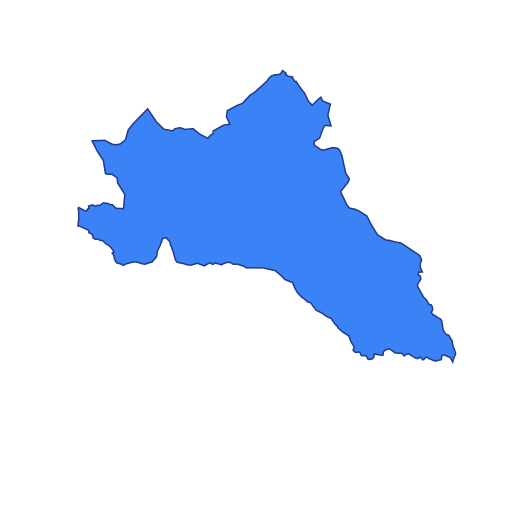 outline of Bakori, Katsina, Nigeria, rotated 155°
{"feature_id": "59680162B75348496545912", "entity_name": "Bakori", "entity_type": "district", "adm_level": 2, "iso_a3": "NGA", "parent_name": "Nigeria", "parent_adm1": "Katsina", "projection": "natural_earth1", "projection_center": [7.44, 11.676], "detail": "fine", "context": "isolated", "style": "filled", "palette": "blue", "viewbox_px": 512, "rotation_deg": 155, "n_neighbors": 0, "source": "geoboundaries", "source_scale": "gbopen_adm2", "svg_char_len": 4518}
<svg xmlns="http://www.w3.org/2000/svg" viewBox="0 0 512 512"><g transform="rotate(155 256 256)"><path d="M292.0,435.2L311.7,427.7L318.5,424.3L325.4,416.3L331.8,414.9L335.1,415.7L338.4,417.4L342.3,422.1L344.1,424.7L354.4,429.1L355.9,429.6L355.5,417.8L354.0,406.9L357.4,395.2L357.5,394.1L357.3,393.7L355.3,392.6L352.0,390.9L348.9,385.7L350.5,380.5L348.9,367.1L356.1,354.9L358.0,356.0L362.4,358.1L363.3,359.6L364.4,363.0L367.0,364.5L367.6,366.0L370.2,367.5L371.6,368.6L374.1,368.3L376.3,367.8L378.5,369.1L380.7,369.0L382.1,371.1L384.4,371.8L386.6,372.0L386.8,370.5L387.0,369.7L387.7,370.0L388.5,369.8L390.8,368.4L392.2,369.6L394.1,372.3L396.3,374.9L397.1,374.3L397.8,371.4L399.1,368.8L399.9,366.8L400.7,365.0L401.3,364.0L404.7,358.5L402.8,357.1L396.8,350.0L397.6,347.6L396.9,346.9L395.5,345.3L395.4,343.0L396.0,341.2L395.4,340.9L394.8,339.3L393.8,338.7L392.4,338.4L391.4,337.1L390.2,335.6L388.2,334.8L387.9,333.2L387.5,332.0L386.7,330.2L385.8,329.0L384.9,327.9L383.8,324.5L383.4,322.5L382.8,320.0L383.5,319.6L384.7,319.6L385.2,319.2L384.7,317.7L384.7,315.5L385.3,314.3L385.6,311.4L385.2,308.7L381.9,305.9L380.2,303.6L377.1,303.8L372.7,303.0L369.1,302.3L366.0,300.5L362.8,297.3L360.2,295.5L356.4,295.1L352.8,294.5L347.2,296.9L345.7,298.2L344.5,300.4L342.3,303.0L339.1,305.5L335.3,309.1L333.2,311.4L329.8,310.8L328.0,305.0L328.5,304.1L328.6,303.6L328.8,301.5L328.8,300.3L329.1,297.1L329.3,294.6L330.7,286.5L330.2,283.7L324.6,279.5L322.5,277.5L320.1,275.8L318.8,275.2L312.2,274.2L307.4,269.3L306.8,268.8L303.2,269.3L300.5,269.2L298.9,266.9L298.4,266.5L296.5,267.2L293.2,264.6L291.0,262.6L289.4,262.8L285.0,262.5L281.9,260.9L280.2,258.2L276.5,256.6L271.2,251.7L269.9,249.5L254.5,242.2L252.1,240.3L248.3,237.3L244.9,234.8L241.6,227.8L239.7,222.4L234.0,216.3L234.4,211.3L234.0,205.6L232.2,199.8L230.1,196.1L228.7,192.6L226.2,190.5L225.4,185.9L224.3,181.4L220.1,176.0L218.6,173.0L216.9,170.5L214.9,168.2L213.9,167.8L214.0,165.1L213.1,160.8L212.1,158.0L211.8,155.7L209.6,150.5L205.6,144.3L206.1,138.9L205.8,134.8L205.3,132.2L206.6,130.7L207.8,129.7L207.4,127.7L205.6,126.0L203.6,125.8L202.7,124.8L202.5,121.2L198.3,119.0L198.1,115.1L196.6,114.1L194.0,113.6L191.7,114.7L190.6,117.0L189.9,117.1L188.0,115.6L184.2,113.1L182.9,112.4L181.1,115.3L179.6,115.9L177.4,116.1L175.0,115.7L173.7,114.6L172.0,111.5L171.1,109.6L169.5,108.6L167.3,107.3L165.3,106.4L164.5,105.2L164.2,102.9L162.8,103.0L161.5,103.5L159.8,102.9L158.8,102.8L157.1,99.8L156.1,98.5L154.9,96.4L152.9,94.7L151.8,94.7L150.5,95.3L149.3,93.7L148.8,91.5L147.5,91.2L146.4,92.0L144.6,92.4L143.8,92.0L143.5,91.0L141.6,89.0L139.5,86.4L138.1,85.2L136.9,84.8L132.1,83.8L131.3,84.4L130.6,85.8L129.9,86.9L128.9,87.2L128.0,87.3L127.0,86.4L125.3,84.5L122.8,81.7L122.5,76.8L122.0,77.5L121.2,78.4L116.3,83.1L115.6,88.1L115.7,90.5L114.1,96.5L114.6,100.5L114.5,102.0L115.5,103.6L115.8,103.9L117.0,104.6L117.3,106.4L117.6,109.8L115.0,119.2L115.6,121.3L117.6,123.5L118.5,125.7L120.5,128.0L120.9,131.0L118.6,132.4L117.6,135.8L117.9,137.7L119.8,139.4L120.0,143.9L121.5,147.7L121.9,153.0L122.4,159.8L121.9,161.2L121.0,162.5L118.9,163.8L116.5,165.2L115.8,167.3L115.5,168.2L116.3,169.5L116.8,170.1L116.5,171.3L115.5,172.2L114.8,172.7L114.2,172.1L112.0,171.2L111.8,176.9L109.9,180.2L107.5,182.5L107.5,185.6L107.3,187.1L119.1,206.5L123.2,209.3L128.3,213.6L131.5,215.6L136.9,223.9L138.1,233.6L138.5,240.8L138.6,245.3L143.5,253.1L146.5,256.6L150.9,259.8L152.0,263.5L152.2,278.6L141.6,283.8L138.9,286.3L139.6,293.6L135.8,310.2L135.4,316.3L136.6,319.2L140.6,321.8L144.6,322.6L149.2,323.2L152.1,324.7L156.2,331.7L155.2,335.1L148.7,335.9L140.7,343.8L138.1,345.2L133.0,342.2L131.5,353.0L125.3,361.2L124.3,362.1L128.7,366.8L130.1,368.3L130.1,372.5L132.7,371.9L137.6,370.2L141.4,368.9L143.1,374.2L143.2,383.1L144.4,388.5L145.0,391.8L145.5,394.2L145.9,397.3L146.8,397.2L147.7,401.9L147.1,402.6L148.4,403.8L148.6,404.0L148.9,404.0L150.4,404.9L150.9,405.2L151.6,406.6L152.6,407.6L151.5,408.9L153.6,412.9L155.3,411.7L156.4,410.8L157.5,410.6L159.9,411.3L162.7,412.3L166.2,412.7L169.2,411.6L172.4,409.8L179.1,407.7L183.4,406.4L187.1,405.3L189.5,404.7L193.4,404.3L204.0,400.0L204.9,400.1L206.6,400.2L208.8,400.4L220.5,399.9L224.0,394.6L224.0,386.5L230.2,388.3L233.0,388.1L237.5,387.7L241.8,387.5L243.4,385.0L246.2,384.6L249.9,383.1L255.7,390.5L259.2,398.0L267.0,400.8L270.4,404.3L275.0,405.5L276.8,405.4L277.4,405.1L277.6,405.0L278.1,404.8L278.4,404.7L278.7,404.7L279.1,404.8L279.3,405.0L279.7,405.4L280.5,406.0L286.0,409.9L289.6,419.8L292.0,435.2Z" fill="#3b82f6" stroke="#1e3a8a" stroke-width="1.5"/></g></svg>